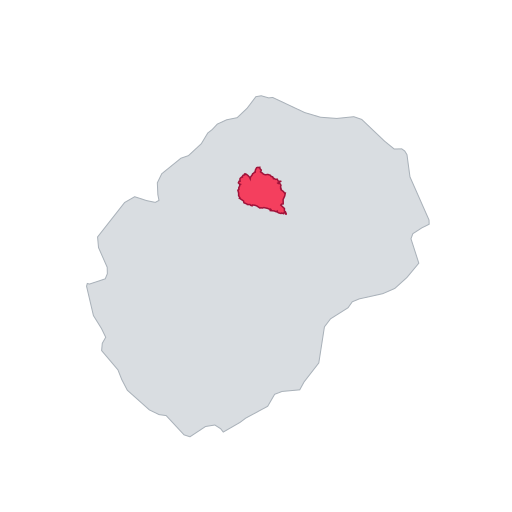 location of Sveti Nikole, Sveti Nikole, North Macedonia, rotated 333°
{"feature_id": "65306769B91405117981087", "entity_name": "Sveti Nikole", "entity_type": "district", "adm_level": 2, "iso_a3": "MKD", "parent_name": "North Macedonia", "parent_adm1": "Sveti Nikole", "projection": "albers", "projection_center": [21.98, 41.877], "detail": "fine", "context": "in_parent", "style": "filled", "palette": "rose", "viewbox_px": 512, "rotation_deg": 333, "n_neighbors": 0, "source": "geoboundaries", "source_scale": "gbopen_adm2", "svg_char_len": 2596}
<svg xmlns="http://www.w3.org/2000/svg" viewBox="0 0 512 512"><g transform="rotate(333 256 256)"><path d="M233.6,134.8L241.4,135.9L258.3,131.1L268.9,124.5L274.2,123.5L281.4,120.9L291.6,121.3L302.0,124.2L315.2,120.3L328.2,114.0L333.4,115.6L339.1,120.9L342.8,122.3L364.5,150.3L376.4,161.6L390.4,170.1L406.4,176.3L412.2,182.3L422.7,212.1L427.7,223.4L434.5,226.7L436.2,230.0L436.5,234.3L429.1,255.4L426.5,302.5L424.7,306.3L416.6,306.2L405.9,307.3L401.9,311.0L397.8,336.3L380.6,343.7L365.0,347.9L351.8,347.1L328.6,341.1L321.0,340.5L314.5,343.9L293.9,345.8L284.8,350.2L263.4,379.8L241.7,390.0L234.2,395.1L217.7,388.5L209.8,387.7L198.2,395.2L173.1,395.8L166.3,397.0L146.9,398.0L146.1,393.9L142.6,387.9L133.6,385.0L115.1,387.1L110.7,382.7L103.5,357.4L97.6,353.3L91.1,344.7L80.4,317.2L80.3,305.2L81.3,294.8L75.5,270.2L79.4,264.0L85.2,260.2L85.4,250.4L84.1,235.3L91.3,206.0L93.2,203.9L94.9,205.4L111.3,207.9L115.5,204.3L118.3,198.5L119.5,177.0L123.5,167.1L163.2,148.7L174.8,148.1L183.6,156.9L190.6,162.5L194.8,162.4L196.4,156.8L201.3,146.0L209.4,139.9L233.4,134.8L233.6,134.8Z" fill="#d9dde1" stroke="#a8b0b8" stroke-width="1"/><path d="M275.3,209.5L275.9,208.9L278.1,210.3L279.4,211.7L281.3,215.1L282.3,215.2L283.3,216.1L285.0,216.4L287.9,218.8L289.7,220.9L290.2,220.8L290.4,221.3L289.4,221.6L289.3,222.0L292.7,224.1L294.1,225.8L295.2,225.6L295.0,226.5L295.6,227.7L297.6,229.5L298.5,229.4L299.6,230.7L300.3,230.2L301.1,230.4L301.5,231.1L301.3,231.9L301.8,232.4L302.1,232.1L302.3,229.9L301.7,228.8L302.9,226.6L301.2,221.9L302.3,221.4L303.9,221.9L305.8,218.0L308.9,215.5L310.6,213.3L310.1,213.2L309.7,211.0L308.4,208.4L308.6,207.2L308.9,207.4L309.3,205.4L310.2,204.6L310.4,203.3L309.9,201.8L308.8,201.6L308.5,200.9L312.5,200.8L310.9,200.2L309.7,199.1L309.8,197.2L308.2,196.6L307.5,195.4L306.7,195.1L307.0,194.4L306.6,193.8L306.8,193.0L305.6,192.0L305.5,190.7L303.6,188.7L301.2,187.9L299.8,186.5L299.3,184.9L298.5,183.8L298.2,183.0L299.4,182.3L299.7,181.4L299.2,180.4L299.6,178.7L299.0,178.8L298.1,177.9L296.7,177.6L295.9,178.1L294.4,179.2L293.4,180.9L292.7,180.6L291.4,181.2L290.3,181.2L289.3,182.1L286.9,183.2L285.9,184.6L286.0,182.8L285.3,180.5L284.5,178.8L284.2,178.4L283.9,178.5L283.5,177.7L282.9,177.8L282.6,178.5L281.2,178.2L279.9,178.9L279.7,179.5L278.8,179.2L277.0,179.7L276.2,180.9L275.9,182.1L274.9,181.7L273.5,182.8L273.9,184.3L274.7,185.1L273.7,185.4L273.3,186.1L271.6,187.4L270.9,188.9L269.7,189.1L269.1,192.0L267.9,194.4L268.1,197.0L267.5,197.1L269.9,201.3L269.4,203.1L271.5,205.5L271.6,206.2L274.1,207.5L274.3,208.5L275.3,209.5Z" fill="#f43f5e" stroke="#9f1239" stroke-width="1.5"/></g></svg>